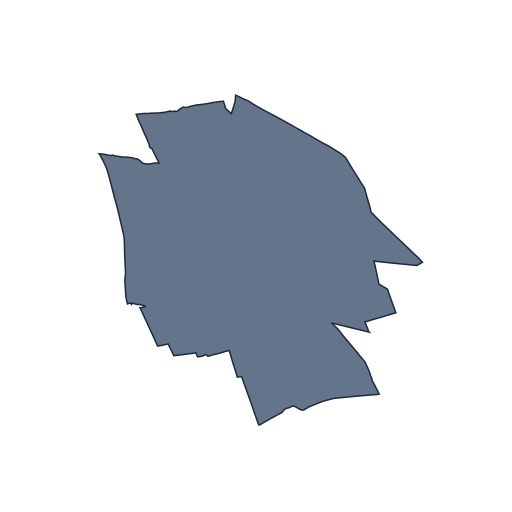 outline of Coronango, Puebla, Mexico, rotated 134°
{"feature_id": "50627088B8502997945058", "entity_name": "Coronango", "entity_type": "district", "adm_level": 2, "iso_a3": "MEX", "parent_name": "Mexico", "parent_adm1": "Puebla", "projection": "natural_earth1", "projection_center": [-98.289, 19.136], "detail": "fine", "context": "isolated", "style": "filled", "palette": "slate", "viewbox_px": 512, "rotation_deg": 134, "n_neighbors": 0, "source": "geoboundaries", "source_scale": "gbopen_adm2", "svg_char_len": 4035}
<svg xmlns="http://www.w3.org/2000/svg" viewBox="0 0 512 512"><g transform="rotate(134 256 256)"><path d="M375.5,136.4L373.7,135.6L369.5,134.5L365.0,133.1L361.7,132.2L359.4,131.4L357.4,130.8L354.6,130.0L352.1,129.0L350.1,128.6L348.4,128.9L346.2,128.8L344.7,128.4L342.7,127.1L339.2,125.7L338.0,124.9L337.3,123.9L335.9,118.2L335.0,115.9L333.6,114.7L327.6,113.0L314.0,107.0L304.5,101.2L287.1,86.4L270.9,72.2L269.8,71.4L269.2,73.0L266.0,82.2L266.0,82.3L264.8,86.5L263.9,87.1L263.0,89.0L262.2,91.0L261.1,92.8L260.1,94.8L256.5,104.1L255.5,113.7L255.2,114.5L254.8,119.1L254.7,119.9L253.1,135.5L252.9,137.7L252.4,140.6L251.7,145.9L251.6,155.1L251.5,154.9L245.2,144.0L237.7,131.2L232.2,121.8L232.2,122.0L229.8,127.2L229.7,127.5L228.6,130.0L228.4,130.4L227.8,131.8L222.6,128.9L220.9,128.0L214.0,124.0L213.9,123.9L208.5,120.9L206.8,120.0L204.9,118.9L202.8,117.7L199.7,115.9L198.4,118.6L197.2,121.0L196.6,122.2L196.2,123.0L195.9,123.7L195.5,124.5L194.8,125.9L193.5,128.5L188.7,138.2L188.5,138.5L190.8,147.9L190.7,148.1L186.5,154.4L182.6,160.2L182.3,160.6L178.6,166.2L177.7,167.5L175.7,165.0L175.6,164.8L174.1,162.9L171.0,158.9L167.9,154.9L162.5,148.1L157.4,141.7L155.6,139.4L151.1,133.7L144.9,131.9L144.6,136.6L144.7,155.1L144.8,166.7L144.8,181.2L144.9,189.9L144.5,203.7L141.2,208.8L136.3,217.5L131.7,225.2L131.5,226.2L130.5,230.7L130.4,231.1L129.5,234.5L126.2,247.7L125.8,249.2L123.1,259.4L122.9,260.4L123.0,261.2L123.4,265.9L125.5,275.9L126.2,279.2L127.5,283.8L128.0,285.4L129.1,289.3L129.8,292.1L131.3,298.2L131.5,299.4L133.6,307.1L133.8,308.0L136.2,317.2L136.4,318.1L139.3,329.1L142.3,339.9L142.9,342.2L145.2,349.9L145.8,352.2L147.2,357.2L148.0,360.7L148.8,364.3L149.8,369.4L151.6,373.8L152.6,377.0L153.7,380.3L154.5,382.4L158.8,378.7L163.9,376.0L165.7,375.1L170.3,372.8L170.7,372.6L170.9,376.3L171.0,380.1L167.3,387.0L170.0,389.3L174.8,393.1L180.7,397.2L185.7,401.2L185.8,401.3L188.8,403.8L193.0,406.6L198.1,409.6L198.6,410.7L199.2,411.7L202.4,412.7L204.0,413.0L204.4,413.0L204.6,413.1L204.8,413.1L205.0,413.0L205.8,413.1L207.0,413.4L207.4,413.6L207.9,414.9L209.8,416.2L210.6,417.0L211.1,418.3L215.9,421.4L220.4,425.1L227.0,431.5L227.4,431.8L228.0,432.4L228.5,432.5L230.2,434.6L231.6,435.8L232.4,436.5L233.4,437.5L234.0,437.9L237.3,440.6L240.3,434.0L242.6,428.0L245.4,421.5L246.6,418.2L250.4,409.4L250.9,409.3L251.4,408.4L251.6,407.4L251.7,406.8L251.3,406.2L251.0,405.7L256.5,390.3L257.1,391.1L259.5,393.5L261.9,395.2L264.0,396.7L265.7,398.7L267.2,400.6L268.0,402.0L268.0,405.0L268.4,408.3L269.0,409.4L270.0,410.7L271.0,412.6L272.1,414.4L273.4,416.0L274.9,418.0L277.2,420.4L278.7,422.4L282.0,427.2L283.3,429.6L284.4,429.9L288.6,436.3L289.4,437.4L291.5,439.9L291.6,438.9L292.0,437.5L292.5,435.9L292.9,435.0L293.6,432.4L293.8,431.9L295.7,426.9L296.3,425.3L298.1,421.9L302.3,414.6L302.9,413.7L303.9,412.1L304.7,410.7L312.9,397.4L314.4,394.8L315.9,392.2L316.3,391.6L316.8,390.8L317.3,389.8L322.2,382.3L323.9,379.6L326.7,375.2L327.9,373.4L331.2,368.2L332.3,366.5L333.8,364.3L335.2,362.7L336.3,361.5L341.2,356.5L345.7,352.0L353.0,344.3L355.6,341.4L359.0,337.9L364.3,333.8L368.0,329.8L375.7,321.3L378.5,317.2L379.8,315.2L377.6,314.1L377.3,313.7L377.1,312.8L377.2,312.3L377.3,311.9L376.5,312.2L375.8,312.0L375.3,311.7L375.1,311.0L374.7,310.0L374.2,309.1L373.4,307.8L371.2,305.2L370.5,304.1L368.7,300.1L369.4,300.9L370.1,301.1L372.1,302.2L372.8,302.7L373.4,303.2L373.8,303.6L374.0,303.0L375.8,298.2L376.7,296.0L385.6,273.0L386.5,270.8L389.1,264.2L385.9,261.8L380.3,258.1L384.1,247.6L384.8,245.9L380.4,242.2L367.7,232.1L367.5,231.9L368.1,230.3L368.5,229.5L368.8,228.8L369.1,228.0L366.6,226.0L365.2,224.9L363.5,224.4L362.0,223.8L361.7,223.1L361.6,221.0L360.1,220.0L359.7,219.8L358.6,219.2L357.6,218.8L356.7,218.4L355.0,216.9L352.8,215.7L350.8,214.5L349.2,213.6L347.1,212.4L342.6,209.8L343.5,208.1L344.3,206.5L349.2,197.9L350.2,196.1L351.8,193.0L355.1,187.1L356.1,185.4L355.4,184.8L352.8,182.5L360.7,166.6L362.3,163.3L366.6,154.6L370.0,148.0L371.4,145.1L373.1,141.9L374.8,138.4L375.5,136.4Z" fill="#64748b" stroke="#1e293b" stroke-width="1.5"/></g></svg>